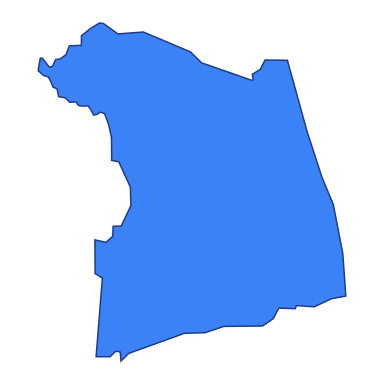 Tarariras, Colonia, Uruguay (Robinson projection)
{"feature_id": "84410073B21543220364464", "entity_name": "Tarariras", "entity_type": "district", "adm_level": 2, "iso_a3": "URY", "parent_name": "Uruguay", "parent_adm1": "Colonia", "projection": "robinson", "projection_center": [-57.64, -34.265], "detail": "fine", "context": "isolated", "style": "filled", "palette": "blue", "viewbox_px": 384, "rotation_deg": 0, "n_neighbors": 0, "source": "geoboundaries", "source_scale": "gbopen_adm2", "svg_char_len": 1014}
<svg xmlns="http://www.w3.org/2000/svg" viewBox="0 0 384 384"><path d="M38.2,70.8L43.5,75.4L48.3,77.0L50.7,81.3L53.1,87.1L57.0,88.8L58.7,96.6L65.4,97.9L69.7,102.3L76.0,101.9L78.5,105.5L82.4,106.1L88.2,105.9L91.1,110.2L93.7,115.1L96.8,114.5L100.2,112.2L104.5,113.4L108.8,125.0L111.5,137.7L111.7,160.4L118.8,161.8L130.4,187.2L130.9,205.6L121.2,226.0L113.1,226.3L112.8,236.3L106.0,242.3L94.9,239.9L95.1,273.6L102.4,278.0L96.1,356.7L110.2,356.7L115.0,351.8L117.2,351.3L120.2,352.1L121.0,361.0L128.7,353.4L184.4,333.3L205.0,332.7L223.8,326.4L262.5,326.0L273.3,318.6L278.8,308.1L295.3,308.7L296.4,305.6L314.4,306.8L331.2,298.8L345.8,296.0L342.8,253.6L333.3,204.5L322.1,177.7L320.6,173.1L307.1,131.6L287.4,60.3L265.1,60.0L260.2,69.4L252.3,74.3L253.1,79.4L252.1,80.4L201.7,62.9L190.4,51.9L143.3,32.0L117.9,33.9L103.4,23.5L99.5,23.0L90.1,28.8L81.4,35.8L81.4,45.3L69.3,45.9L65.9,54.8L60.1,58.9L55.7,59.5L52.2,66.9L49.1,66.9L42.3,58.1L40.3,58.2L38.8,66.2L38.2,70.8Z" fill="#3b82f6" stroke="#1e3a8a" stroke-width="1.5"/></svg>